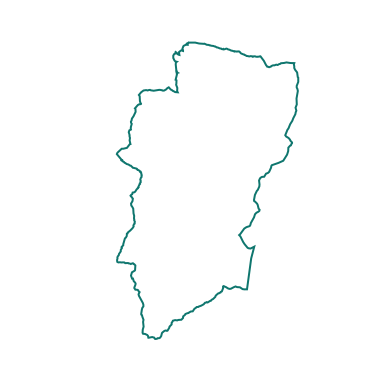 the district of Borsa, Maramures, Romania, rotated 106°
{"feature_id": "2599482B59902252532160", "entity_name": "Borsa", "entity_type": "district", "adm_level": 2, "iso_a3": "ROU", "parent_name": "Romania", "parent_adm1": "Maramures", "projection": "orthographic", "projection_center": [24.861, 47.649], "detail": "fine", "context": "isolated", "style": "outline", "palette": "teal", "viewbox_px": 384, "rotation_deg": 106, "n_neighbors": 0, "source": "geoboundaries", "source_scale": "gbopen_adm2", "svg_char_len": 5993}
<svg xmlns="http://www.w3.org/2000/svg" viewBox="0 0 384 384"><g transform="rotate(106 192 192)"><path d="M176.3,274.7L180.1,269.1L181.0,268.8L181.2,268.2L180.7,267.7L181.7,266.9L181.9,265.6L182.5,264.9L182.5,264.1L183.1,262.6L183.1,260.5L183.6,259.2L183.6,258.0L185.0,255.4L184.9,254.9L184.8,251.8L185.1,251.5L185.1,251.0L185.8,250.4L185.7,249.7L186.1,248.1L186.8,247.7L186.7,246.9L187.3,246.7L187.5,246.2L188.5,245.8L188.9,245.3L189.8,245.2L190.2,244.8L190.8,244.9L191.4,244.6L192.8,245.1L194.5,245.1L195.1,244.5L196.1,244.4L196.5,244.0L197.4,244.2L198.1,244.6L198.7,244.2L199.4,244.6L202.0,245.0L202.3,244.7L202.9,245.2L203.3,245.0L204.6,245.9L207.3,246.7L208.2,247.4L208.9,248.9L210.7,248.9L211.3,249.5L212.4,250.1L212.9,249.7L213.8,248.0L214.2,247.8L214.7,247.0L217.3,246.7L219.9,247.4L221.8,246.6L222.3,245.8L224.2,243.9L228.7,242.3L230.9,241.0L233.3,240.5L234.3,239.9L234.9,239.9L236.4,238.7L237.7,238.7L238.2,238.4L239.0,238.9L240.3,239.1L241.3,238.6L243.2,239.2L246.0,240.7L248.6,242.5L249.6,242.5L250.0,243.1L252.3,242.6L254.0,243.0L255.1,243.7L261.1,243.7L262.2,243.4L264.2,244.5L264.6,244.5L265.1,243.9L267.3,244.5L268.7,244.1L271.7,245.1L273.1,245.0L274.3,245.6L275.4,245.7L276.4,245.3L277.9,245.3L279.1,244.9L279.8,244.5L280.0,243.4L279.4,241.9L279.2,240.5L278.4,238.0L278.4,237.5L278.8,236.6L277.9,233.9L278.1,233.0L277.9,232.1L278.1,231.0L277.0,229.6L276.8,229.0L277.4,228.1L277.3,227.6L278.2,226.2L282.8,225.2L283.4,225.4L285.8,227.6L289.2,227.6L291.8,225.7L291.5,224.9L293.8,223.4L294.7,221.8L295.5,221.0L296.6,220.8L299.6,221.1L300.2,221.0L301.5,219.5L301.1,217.8L301.3,216.6L302.3,215.8L302.7,214.8L305.0,215.2L306.4,214.4L312.3,208.6L313.9,207.6L315.4,207.2L317.0,207.8L318.7,207.8L323.4,207.2L324.1,206.6L324.2,206.1L325.5,205.4L328.2,203.4L330.4,203.2L334.8,201.4L337.9,201.4L341.0,200.7L341.8,199.9L341.6,199.2L341.4,197.9L341.8,195.6L342.5,194.6L344.1,193.8L344.0,193.4L342.4,190.3L342.4,188.2L343.3,187.3L343.4,186.8L342.8,185.3L342.0,184.7L341.6,183.4L340.8,182.5L338.9,181.9L335.9,182.0L335.2,181.7L333.2,180.3L332.5,179.4L332.3,178.7L332.4,177.8L332.0,177.3L328.6,176.4L327.6,176.5L325.0,175.1L323.3,175.5L322.0,175.0L321.0,174.9L319.8,172.9L319.5,170.8L318.8,170.0L317.7,167.0L315.6,165.9L314.0,166.2L312.1,164.9L311.1,164.7L309.7,162.9L309.3,162.0L308.6,161.6L307.2,160.2L306.5,158.4L303.4,157.4L302.8,156.7L301.3,155.8L300.7,154.2L300.3,154.0L298.7,151.8L296.7,149.8L294.9,149.0L294.4,148.0L293.8,147.5L293.9,146.5L291.8,144.7L291.4,143.9L290.3,143.5L289.0,142.2L286.4,140.7L285.4,140.7L284.3,140.2L282.2,138.8L281.9,138.1L281.4,137.8L280.8,136.9L280.1,136.8L279.3,135.9L275.8,135.6L274.4,136.1L273.9,135.9L273.7,135.6L274.0,134.0L274.0,133.4L274.8,130.6L274.8,129.2L274.3,128.0L271.9,125.5L270.8,124.1L271.0,122.4L270.4,119.7L271.4,116.6L271.1,114.6L270.4,112.3L239.5,116.8L227.4,117.1L230.2,120.1L230.5,122.0L230.3,123.2L227.7,127.0L226.0,129.0L221.3,133.3L220.4,134.8L219.1,134.0L212.8,131.7L210.8,130.0L208.9,127.2L207.5,126.8L205.7,126.9L199.3,125.4L196.0,125.3L194.1,124.3L192.8,122.9L191.7,122.1L190.5,122.1L189.6,123.4L186.3,125.3L185.3,126.2L183.8,128.8L183.7,129.6L182.7,130.2L177.5,130.7L173.2,130.0L171.7,129.3L168.1,128.8L166.1,129.2L162.5,130.7L160.8,130.5L159.5,130.1L158.2,128.9L157.4,126.8L154.0,125.9L152.8,124.3L151.4,123.4L146.8,122.7L145.1,122.9L144.2,122.6L140.2,116.9L136.8,112.9L129.9,110.9L126.2,110.8L122.8,111.6L120.5,110.5L119.9,109.8L118.6,109.7L117.5,109.3L116.8,109.5L115.6,111.5L114.7,112.2L113.8,113.5L113.4,114.3L112.7,116.8L111.7,118.0L105.9,117.4L104.3,116.8L99.7,116.3L95.9,115.2L93.3,115.0L88.7,114.1L86.8,114.3L85.1,114.1L82.4,115.7L79.0,115.4L73.3,117.3L65.7,118.1L63.7,119.2L62.8,120.1L61.2,120.6L56.9,120.2L52.8,121.4L52.4,122.0L48.1,123.9L46.0,126.7L44.6,127.9L42.8,128.4L41.4,129.2L39.9,129.2L40.9,133.0L41.4,136.9L42.6,139.1L43.7,142.0L44.4,142.4L45.0,143.4L46.3,144.7L46.4,146.2L47.5,147.6L47.9,149.0L49.0,150.4L49.7,150.7L50.8,152.3L50.6,153.9L50.8,154.2L49.5,155.9L46.1,159.1L42.7,163.6L42.9,164.2L43.5,165.0L43.7,165.9L44.0,166.3L44.3,167.7L44.2,168.9L44.8,170.6L45.1,170.6L45.3,171.1L45.0,171.5L45.2,173.0L45.9,174.3L46.0,176.0L46.2,177.0L45.8,178.3L45.8,179.1L45.5,179.6L45.6,180.1L45.3,182.8L45.1,183.5L44.4,184.3L43.9,185.7L44.4,186.8L44.4,187.3L44.8,188.1L44.9,189.6L45.3,190.0L45.0,190.5L45.2,191.0L45.1,192.7L45.3,193.2L44.9,195.2L45.0,196.7L44.7,197.4L44.7,198.5L45.9,200.2L46.2,200.9L45.9,201.3L46.3,201.6L46.3,202.5L46.4,202.8L46.1,203.5L46.3,204.8L46.0,207.2L46.2,207.9L45.7,209.9L45.9,210.5L45.7,211.5L46.1,214.0L46.0,215.2L46.2,215.6L46.0,216.4L46.4,218.3L46.0,220.9L46.3,221.4L47.3,226.1L47.5,230.1L48.2,232.6L49.2,236.0L49.9,236.5L49.7,236.7L50.3,237.0L50.3,237.5L50.7,237.8L51.2,237.1L51.5,237.4L51.8,237.1L52.0,237.9L52.0,238.3L53.7,240.2L54.3,240.5L56.9,240.7L58.2,239.7L58.9,239.5L58.9,240.1L58.6,240.7L58.6,241.1L59.4,241.9L61.2,243.1L63.7,241.9L63.7,242.9L63.3,244.2L62.5,244.9L62.4,245.5L61.9,246.3L62.1,246.4L62.5,245.8L63.1,245.7L64.4,247.2L66.1,247.6L68.4,246.9L70.4,245.1L71.3,243.6L71.0,243.1L71.0,242.5L71.9,243.2L73.9,242.8L79.1,240.7L79.9,240.1L79.7,240.6L79.9,240.6L80.6,240.2L80.9,239.5L81.0,240.0L81.2,239.9L81.4,238.7L82.0,239.4L82.3,239.3L82.0,239.1L82.2,238.9L88.6,238.7L88.6,238.4L88.9,237.7L92.1,236.9L93.3,236.8L96.0,234.8L99.1,234.1L100.1,233.2L100.6,235.7L100.1,237.7L100.1,238.3L99.5,239.6L99.4,240.6L97.8,243.2L98.9,244.3L100.6,245.2L102.2,246.8L102.6,247.9L102.4,249.0L102.6,249.6L102.5,250.2L102.9,251.8L105.2,256.7L105.6,259.6L105.4,260.5L105.9,261.6L106.6,262.6L106.7,264.2L107.8,266.6L110.2,268.4L113.4,269.8L114.3,268.7L119.0,267.1L120.7,266.0L121.1,265.4L121.6,265.4L122.4,267.1L123.3,268.0L127.3,269.9L127.6,269.3L130.5,268.3L135.3,269.1L138.0,270.0L140.0,269.8L141.2,270.1L142.2,269.7L143.1,268.7L146.1,268.7L147.8,268.4L148.8,267.9L150.0,269.2L151.9,269.3L154.6,267.6L155.3,267.6L157.2,266.5L159.6,266.2L162.9,264.4L163.2,265.0L167.5,266.7L169.3,269.9L169.8,271.5L174.1,274.1L175.2,274.6L176.3,274.7Z" fill="none" stroke="#0f766e" stroke-width="2"/></g></svg>